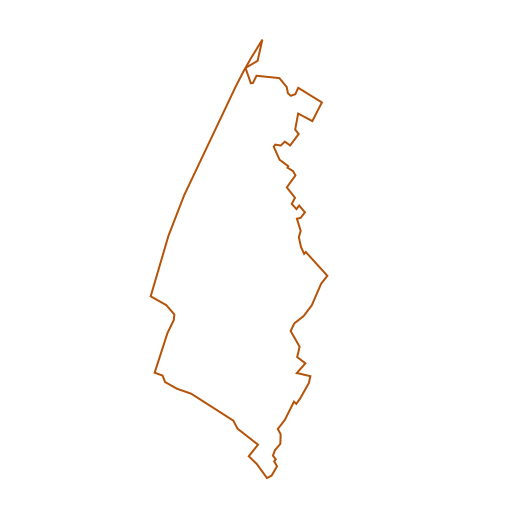 outline of Leixlip Lea-3, Kildare, Ireland, rotated 108°
{"feature_id": "5873133B28056966648510", "entity_name": "Leixlip Lea-3", "entity_type": "district", "adm_level": 2, "iso_a3": "IRL", "parent_name": "Ireland", "parent_adm1": "Kildare", "projection": "equal_earth", "projection_center": [-6.507, 53.374], "detail": "fine", "context": "isolated", "style": "outline", "palette": "amber", "viewbox_px": 512, "rotation_deg": 108, "n_neighbors": 0, "source": "geoboundaries", "source_scale": "gbopen_adm2", "svg_char_len": 1207}
<svg xmlns="http://www.w3.org/2000/svg" viewBox="0 0 512 512"><g transform="rotate(108 256 256)"><path d="M255.1,182.9L252.8,182.0L236.8,209.9L239.1,210.9L233.5,216.0L224.8,221.1L218.4,221.2L207.9,228.6L205.9,225.3L199.3,223.0L194.7,230.5L198.9,232.0L195.4,238.1L188.6,236.9L181.2,247.9L167.2,243.4L163.8,247.1L162.3,253.3L160.6,253.1L157.2,263.3L146.6,272.9L144.1,272.1L143.3,266.6L138.3,263.9L140.3,257.7L126.8,253.1L123.7,257.8L107.5,259.9L110.3,244.1L89.6,240.8L83.0,267.8L90.0,268.6L92.9,272.5L91.3,276.0L85.8,279.0L79.6,288.7L84.4,311.2L92.4,312.4L93.3,314.3L80.4,324.1L69.9,314.8L48.2,316.8L69.9,322.0L84.7,325.0L100.7,327.6L220.5,343.1L264.1,345.5L326.9,343.7L330.5,326.1L336.8,315.6L342.3,314.4L356.7,316.4L398.3,316.3L398.6,307.9L404.0,303.5L406.7,290.0L407.0,275.0L419.6,226.7L426.0,220.1L434.8,195.8L448.7,201.0L453.5,191.1L463.8,176.9L460.0,173.3L449.6,171.0L445.6,175.3L443.3,174.3L440.7,178.2L434.9,178.0L427.1,174.8L417.9,177.5L413.8,181.8L402.9,177.9L382.8,174.9L384.2,172.0L378.0,170.0L360.6,166.5L353.5,167.1L354.7,181.0L342.8,175.9L339.4,185.6L328.8,186.5L316.6,199.9L308.2,198.7L298.3,192.1L285.6,187.7L262.2,185.5L255.1,182.9Z" fill="none" stroke="#b45309" stroke-width="2"/></g></svg>